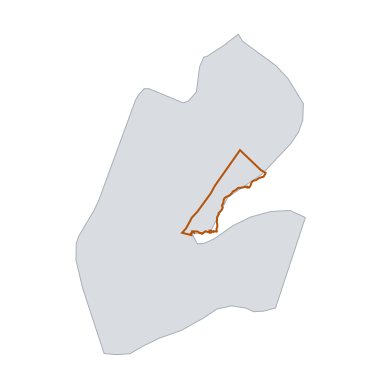 Tadjourah, Tadjourah, Djibouti (highlighted), rotated 346°
{"feature_id": "41766387B13463549189785", "entity_name": "Tadjourah", "entity_type": "district", "adm_level": 2, "iso_a3": "DJI", "parent_name": "Djibouti", "parent_adm1": "Tadjourah", "projection": "albers", "projection_center": [42.755, 11.778], "detail": "fine", "context": "in_parent", "style": "outline", "palette": "amber", "viewbox_px": 384, "rotation_deg": 346, "n_neighbors": 0, "source": "geoboundaries", "source_scale": "gbopen_adm2", "svg_char_len": 2018}
<svg xmlns="http://www.w3.org/2000/svg" viewBox="0 0 384 384"><g transform="rotate(346 192 192)"><path d="M295.8,244.2L282.2,265.8L264.8,293.3L245.0,324.7L232.6,324.9L223.0,323.1L216.4,317.8L202.8,312.0L187.5,311.6L172.9,317.0L148.1,323.7L125.7,325.8L107.7,329.5L92.8,333.9L79.3,331.5L67.7,327.5L65.2,294.2L62.6,258.0L63.0,229.7L67.2,214.1L70.8,208.1L92.0,186.6L99.3,177.9L123.4,142.3L144.1,111.8L159.5,89.0L164.2,84.5L170.7,80.2L175.3,81.4L205.2,103.5L210.5,102.9L220.5,96.0L229.6,72.5L236.0,63.9L238.7,64.2L257.9,57.6L275.2,50.1L277.5,57.9L303.8,89.4L312.5,104.9L321.4,133.3L316.8,149.2L309.9,159.5L299.8,168.8L264.6,191.4L225.5,205.8L200.5,234.6L181.9,232.7L184.7,243.6L191.6,244.8L202.5,242.7L224.0,234.4L243.2,230.4L263.8,230.0L282.6,233.6L295.8,244.2Z" fill="#d9dde1" stroke="#a8b0b8" stroke-width="1"/><path d="M248.7,163.0L215.8,191.4L209.8,197.9L192.6,212.3L185.7,216.8L177.6,225.7L172.6,229.2L180.9,233.7L180.9,232.8L180.6,232.2L180.8,231.9L182.6,231.2L182.4,230.8L182.5,230.4L183.2,230.7L184.0,231.7L184.1,231.4L183.8,230.5L187.5,231.6L188.3,232.2L188.5,232.4L189.7,233.9L190.8,233.9L191.4,234.9L192.1,235.0L195.1,233.4L196.0,233.5L199.3,235.8L201.1,236.0L201.6,235.6L200.4,234.6L199.4,234.1L199.5,233.7L200.8,234.1L201.3,234.2L202.6,235.6L203.2,235.9L203.6,235.3L206.3,236.4L206.7,235.9L206.7,234.5L207.0,233.3L208.0,232.2L208.7,229.7L208.7,227.8L210.0,223.6L210.4,222.3L211.3,221.4L211.9,220.5L212.4,220.2L212.7,219.0L215.9,217.0L217.2,215.8L218.0,214.5L217.8,212.7L218.0,211.9L219.6,210.5L221.2,206.7L222.5,205.6L223.5,205.2L227.8,204.3L230.1,203.0L231.8,201.4L232.8,201.2L234.6,200.8L237.6,199.3L238.5,199.2L239.9,199.8L240.9,199.6L241.5,199.9L245.0,199.7L245.9,200.7L246.7,201.0L246.9,200.2L247.2,200.2L248.0,201.4L248.7,201.5L250.2,200.0L251.0,198.9L251.7,197.7L252.5,196.8L253.3,196.3L253.5,196.3L255.0,195.9L257.1,195.9L257.3,195.9L260.7,194.6L262.0,194.7L263.0,194.4L264.3,194.5L265.2,194.4L267.5,192.2L268.0,191.3L263.9,187.1L248.7,163.0Z" fill="none" stroke="#b45309" stroke-width="2"/></g></svg>